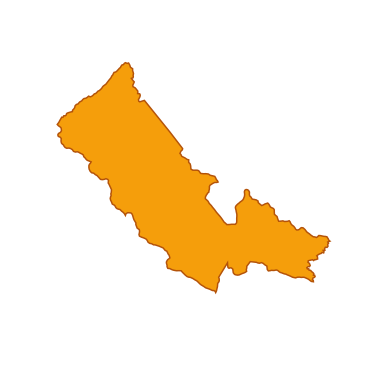 Rancharia, São Paulo, Brazil (orthographic projection), rotated 301°
{"feature_id": "56859067B22879674768233", "entity_name": "Rancharia", "entity_type": "district", "adm_level": 2, "iso_a3": "BRA", "parent_name": "Brazil", "parent_adm1": "São Paulo", "projection": "orthographic", "projection_center": [-50.923, -22.313], "detail": "fine", "context": "isolated", "style": "filled", "palette": "amber", "viewbox_px": 384, "rotation_deg": 301, "n_neighbors": 0, "source": "geoboundaries", "source_scale": "gbopen_adm2", "svg_char_len": 6040}
<svg xmlns="http://www.w3.org/2000/svg" viewBox="0 0 384 384"><g transform="rotate(301 192 192)"><path d="M211.2,49.3L209.8,49.1L208.7,48.9L207.5,47.8L205.7,47.4L204.2,47.9L202.9,48.0L200.6,47.5L199.3,48.1L198.1,46.8L196.0,44.9L194.7,44.1L193.4,44.5L192.2,44.2L191.2,42.8L189.5,42.9L189.0,41.8L184.6,41.9L183.1,42.0L180.5,41.7L180.0,43.3L179.8,45.8L179.4,46.9L178.3,47.8L177.3,48.5L176.1,48.6L174.9,48.3L173.4,47.4L171.8,47.6L170.8,48.8L171.1,50.9L170.4,52.5L169.1,53.0L167.7,53.9L166.7,54.9L166.3,56.1L166.2,57.4L165.4,58.7L164.8,60.4L165.0,62.1L166.3,63.9L166.7,65.5L166.7,67.6L165.8,69.5L166.2,71.5L167.3,72.8L167.7,74.1L167.7,76.4L167.9,78.3L167.7,79.8L166.5,81.1L166.1,83.0L165.6,84.1L165.2,85.8L165.9,90.0L164.2,90.1L163.0,89.8L161.6,90.0L159.9,91.0L158.6,92.1L157.3,94.1L156.8,96.0L157.5,98.1L157.1,100.2L157.2,102.2L156.7,103.8L155.7,107.0L156.3,108.6L157.3,109.9L158.1,110.7L159.1,111.4L159.4,113.5L158.7,114.6L157.6,115.0L156.5,115.6L156.0,116.7L155.1,118.0L154.1,119.5L152.5,121.8L150.1,123.0L148.6,123.4L147.3,124.5L145.9,124.7L144.4,125.2L143.2,126.3L142.0,128.1L140.6,129.9L140.7,131.6L140.6,132.8L139.4,134.8L139.1,136.5L139.5,138.1L139.9,139.4L139.3,141.6L139.2,143.0L138.7,145.0L137.6,147.0L139.4,146.6L141.1,147.5L142.6,150.3L142.3,151.8L141.4,153.1L139.1,155.6L138.2,156.8L136.6,159.8L135.1,160.7L132.8,163.6L132.6,166.2L131.7,167.0L130.7,167.6L128.2,168.5L127.1,169.7L127.3,172.1L127.7,173.8L127.9,175.3L128.0,176.9L127.5,178.4L126.3,180.3L126.2,182.2L126.9,184.1L126.9,186.2L127.7,187.7L128.0,189.1L128.6,191.6L129.2,196.1L128.1,199.1L128.3,200.9L126.4,203.8L126.0,205.0L124.1,207.0L122.8,206.6L121.4,206.0L119.3,206.0L118.1,206.5L116.3,208.4L115.1,209.1L114.1,210.6L115.0,212.7L115.0,214.1L115.3,215.8L115.8,217.4L116.5,219.2L117.6,220.9L118.2,221.9L118.9,223.4L118.3,225.0L117.3,229.1L117.0,231.4L117.3,233.0L118.0,234.6L118.3,237.3L118.2,239.9L118.3,241.2L118.2,242.5L117.3,246.1L117.1,247.6L117.1,251.0L116.9,252.9L117.8,257.2L118.1,260.3L118.8,261.6L118.8,262.9L118.0,264.1L119.9,263.9L121.9,263.2L123.9,262.6L126.9,261.1L128.4,261.3L129.9,261.1L131.6,260.0L132.6,258.8L149.6,258.9L148.1,259.9L147.0,260.7L145.8,261.8L145.7,263.0L146.7,263.8L147.2,264.9L146.9,266.7L145.6,267.7L144.0,269.0L143.3,270.9L143.6,272.4L144.3,274.0L145.3,275.2L147.8,276.9L149.5,278.3L150.5,279.0L152.1,279.7L153.3,278.6L155.2,278.0L156.5,277.2L162.3,277.8L164.9,283.4L165.1,285.0L165.7,286.5L167.2,287.9L167.5,289.5L167.1,292.0L167.1,294.3L164.3,296.5L163.7,298.1L164.8,299.5L165.9,300.6L166.6,302.1L167.4,303.2L168.5,304.3L168.9,305.8L168.6,307.5L168.5,309.1L168.9,310.5L169.2,312.5L169.5,313.7L170.0,315.0L170.0,316.2L170.3,317.8L170.6,320.1L170.7,321.9L171.3,323.8L171.8,325.1L173.2,326.2L174.3,327.8L175.1,329.7L176.2,331.2L176.7,332.3L177.1,335.4L177.2,337.0L177.0,338.3L176.8,340.3L177.6,342.3L178.7,341.5L179.0,340.3L180.6,340.0L181.6,340.7L182.8,341.1L183.8,340.0L183.2,339.0L184.7,338.5L185.2,337.3L185.4,335.5L185.9,334.1L185.3,332.6L186.3,331.6L185.5,330.5L186.3,329.4L187.9,330.0L188.5,331.1L189.8,331.2L190.9,330.0L191.4,328.9L191.5,327.6L193.0,327.1L194.9,329.0L196.0,330.1L195.9,331.6L197.1,331.9L197.7,332.9L199.3,334.2L201.1,332.9L201.6,331.8L203.3,332.5L204.7,333.3L205.8,334.3L207.2,334.6L207.6,336.2L208.8,335.9L209.5,334.5L210.5,335.9L211.8,334.8L213.3,334.8L214.1,336.3L215.5,336.5L217.1,335.2L218.4,335.4L219.0,334.1L220.0,334.8L220.9,335.5L221.0,334.3L221.9,333.1L223.1,330.7L222.5,329.0L221.9,327.9L220.7,324.4L219.9,323.0L218.6,322.8L217.1,322.1L216.8,320.5L216.1,319.0L216.2,317.4L216.3,315.8L216.6,314.3L216.8,311.4L217.2,310.2L218.0,308.3L218.5,305.8L218.0,304.4L217.1,303.7L215.3,303.3L214.1,302.4L213.4,301.3L213.5,300.0L214.4,298.5L215.0,296.8L215.2,294.7L215.8,293.0L217.0,291.4L217.4,290.1L216.0,288.9L215.0,287.4L214.3,286.3L214.1,284.8L212.8,283.2L211.6,281.4L212.7,279.8L214.8,277.5L215.0,275.9L215.4,274.1L217.9,272.4L219.1,271.7L219.8,270.4L219.5,267.0L220.2,265.8L221.1,264.2L221.5,262.6L219.2,260.6L218.2,260.1L216.3,258.8L216.6,256.4L217.0,254.3L218.3,253.2L218.3,251.1L217.8,249.5L216.9,247.3L218.1,245.0L218.3,243.7L219.2,242.6L221.5,241.3L222.5,239.6L222.5,238.3L222.0,237.1L220.7,236.4L219.1,236.8L217.2,238.3L215.3,239.2L213.5,239.5L211.8,239.7L209.9,239.2L208.5,238.5L207.0,238.1L205.8,237.6L203.7,237.0L202.2,236.8L201.0,237.2L200.1,238.0L199.2,239.0L198.0,240.0L196.0,241.9L194.4,242.9L192.6,243.8L191.3,244.6L189.8,245.5L188.4,246.1L186.6,245.8L185.8,244.3L184.7,242.5L183.8,241.4L183.1,240.4L182.0,238.6L182.5,236.8L182.7,235.1L184.5,231.2L185.5,228.7L187.2,223.4L188.5,220.4L189.6,217.2L190.3,215.6L191.1,212.6L191.8,211.5L192.5,210.1L193.1,206.9L194.6,206.1L196.6,205.9L197.9,206.0L199.3,206.0L200.6,206.5L201.7,205.9L202.9,205.6L204.4,204.9L205.4,204.2L206.9,203.9L208.2,204.5L209.5,205.1L210.6,205.7L211.9,206.6L212.9,208.3L214.0,209.2L214.9,207.8L215.1,206.6L216.1,205.3L217.1,203.5L216.6,201.7L216.1,200.2L215.7,198.8L215.9,196.9L215.4,195.7L214.7,194.2L213.7,192.7L212.9,191.0L212.4,189.8L213.0,188.5L213.7,186.8L213.5,185.6L212.9,184.4L211.9,182.8L211.1,181.4L211.1,179.3L212.4,178.3L213.6,177.5L215.1,176.0L215.7,173.9L217.9,172.6L217.4,170.9L217.6,168.5L217.3,164.8L218.5,163.1L218.8,161.8L221.3,161.5L223.2,162.0L224.4,161.6L232.0,142.2L246.0,104.0L242.4,100.8L242.4,99.6L243.7,98.5L246.1,98.4L247.2,98.2L248.4,97.7L249.2,96.6L248.4,94.7L249.4,94.3L250.6,93.5L251.5,91.1L252.0,89.6L251.9,87.2L253.1,86.2L254.6,86.1L256.6,85.8L257.2,83.9L258.2,81.5L259.5,82.6L260.6,82.3L261.6,81.5L263.3,80.9L264.4,79.8L265.3,78.7L267.1,77.6L267.2,75.1L268.8,73.2L269.9,71.2L268.8,70.1L268.6,68.4L267.6,67.8L265.9,67.6L264.7,66.5L263.3,66.4L261.8,66.5L260.5,66.0L259.1,65.8L258.0,65.5L256.8,65.3L255.4,64.7L254.4,63.6L253.1,63.6L251.6,63.8L250.1,63.5L248.3,63.7L246.8,63.5L245.7,63.3L242.2,62.9L240.2,62.7L237.1,61.4L235.8,61.2L234.6,61.2L233.1,60.9L231.2,60.3L229.9,59.4L228.6,59.2L227.0,58.8L225.7,57.7L223.7,57.3L222.3,56.7L221.2,55.8L220.9,54.0L219.2,53.5L217.7,52.7L216.5,51.3L214.9,50.7L213.5,50.6L212.4,50.0L211.2,49.3Z" fill="#f59e0b" stroke="#b45309" stroke-width="1.5"/></g></svg>